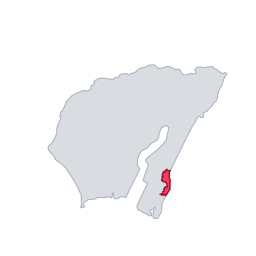 location of Goudomp, Sédhiou, Senegal, rotated 296°
{"feature_id": "50182788B48951494587639", "entity_name": "Goudomp", "entity_type": "district", "adm_level": 2, "iso_a3": "SEN", "parent_name": "Senegal", "parent_adm1": "Sédhiou", "projection": "mercator", "projection_center": [-15.551, 12.644], "detail": "fine", "context": "in_parent", "style": "filled", "palette": "rose", "viewbox_px": 256, "rotation_deg": 296, "n_neighbors": 0, "source": "geoboundaries", "source_scale": "gbopen_adm2", "svg_char_len": 5814}
<svg xmlns="http://www.w3.org/2000/svg" viewBox="0 0 256 256"><g transform="rotate(296 128 128)"><path d="M193.4,118.8L196.3,123.8L195.6,126.2L195.0,129.7L196.6,132.3L198.5,133.9L199.8,135.4L201.3,137.5L201.5,141.7L201.2,144.7L202.2,146.1L203.0,147.8L202.9,149.2L202.3,150.5L200.5,152.2L200.2,155.3L203.1,159.1L205.0,161.1L205.0,162.3L205.5,163.6L206.9,165.1L207.8,164.7L208.7,163.5L209.1,162.6L211.6,163.0L212.8,163.4L214.4,165.9L215.0,167.5L215.4,169.6L217.1,172.1L218.5,173.9L218.9,175.1L220.2,176.6L219.3,180.0L219.4,181.7L218.5,186.3L218.4,188.4L218.4,189.2L220.4,190.9L220.2,193.2L218.2,192.8L214.7,192.5L207.6,193.7L205.2,193.2L200.6,193.4L197.3,194.0L193.1,195.5L189.9,195.1L188.1,194.0L185.8,194.0L183.2,193.4L180.4,192.3L177.9,191.7L175.2,189.6L173.9,189.2L173.0,189.8L172.3,190.5L171.5,190.9L170.0,190.5L169.4,189.1L169.9,187.7L170.0,186.7L169.3,186.1L167.7,185.9L165.0,185.9L160.6,185.5L159.6,185.2L149.9,184.9L139.8,184.8L131.3,184.8L120.5,184.7L112.9,184.7L105.9,184.7L100.4,187.5L94.5,190.5L86.5,192.1L77.4,191.5L74.5,192.0L71.4,193.3L69.2,194.3L66.1,194.9L62.0,194.4L60.3,194.7L59.3,193.3L58.1,191.1L58.9,189.4L61.4,188.4L65.1,187.0L67.1,187.7L68.2,187.7L68.4,186.8L68.1,186.4L65.2,185.2L63.8,183.6L62.6,184.5L61.5,186.5L60.7,187.0L59.4,187.6L58.7,186.3L58.3,185.0L58.9,184.0L58.6,178.4L59.0,175.4L58.8,172.8L60.6,171.1L62.2,170.1L68.8,170.0L74.9,169.9L80.7,169.9L86.7,170.0L87.3,164.8L89.2,164.4L92.0,163.8L97.3,163.2L103.2,162.6L104.4,161.6L105.4,159.9L106.0,158.3L107.2,157.6L108.9,158.2L111.0,159.0L113.2,160.2L115.8,161.4L117.5,162.1L121.6,164.0L128.6,166.5L134.4,167.5L141.3,165.7L146.4,164.5L147.0,162.2L146.2,160.1L142.5,158.0L137.4,158.3L135.8,158.8L133.4,159.5L132.0,159.7L129.6,159.3L126.6,157.5L124.6,155.8L122.0,155.0L118.8,154.2L113.7,150.6L111.0,149.9L108.5,149.7L103.7,150.5L98.9,152.4L96.4,156.7L91.7,156.7L81.7,156.5L72.4,156.4L64.8,156.7L64.1,153.5L62.3,151.0L59.3,148.9L58.7,146.9L59.7,145.1L62.5,143.7L63.2,142.7L61.7,142.8L59.4,143.8L57.9,143.8L57.8,141.0L55.3,137.5L52.5,131.4L49.3,129.0L46.6,124.1L43.9,122.2L41.3,121.3L39.1,121.5L38.3,123.7L35.6,120.5L39.3,119.4L47.3,115.3L56.4,103.8L64.6,90.0L65.6,86.8L66.6,84.3L67.3,78.7L68.5,75.4L69.6,74.7L71.0,72.1L72.6,67.6L74.5,65.1L76.7,64.6L78.3,64.8L79.5,65.8L83.0,66.3L88.7,66.6L93.1,65.9L96.2,64.3L100.3,63.5L105.4,63.5L108.1,62.9L108.4,61.6L109.0,61.2L110.1,61.7L111.1,61.5L112.0,60.6L113.0,60.5L113.9,61.3L118.2,61.5L125.8,61.2L132.8,63.6L139.2,68.6L142.5,72.0L142.7,73.7L143.8,75.4L145.7,77.1L147.5,77.4L149.1,76.4L150.3,76.5L151.3,77.8L153.1,78.0L155.1,77.2L156.6,77.5L156.9,78.3L157.2,78.7L158.2,78.9L159.5,79.9L161.4,82.6L162.9,86.3L164.1,91.1L165.6,93.7L167.5,94.1L168.7,95.1L168.9,96.2L169.4,97.0L170.4,97.5L172.0,97.2L173.9,98.8L175.9,102.3L176.3,103.9L175.9,104.7L176.1,105.4L177.4,106.0L178.7,107.1L179.8,108.8L182.0,110.4L185.5,111.7L188.0,113.7L189.6,116.4L192.8,118.6L193.4,118.8Z" fill="#d9dde1" stroke="#a8b0b8" stroke-width="1"/><path d="M107.9,181.1L107.5,181.0L107.5,180.9L107.4,180.9L107.3,180.7L107.2,180.7L107.1,180.8L106.9,180.8L106.9,180.7L106.7,180.7L106.4,180.5L106.2,180.5L106.1,180.4L105.9,180.5L105.8,180.4L105.8,180.5L105.5,180.5L105.4,180.4L105.4,180.5L105.1,180.5L104.9,180.7L104.9,180.8L104.6,180.7L104.4,180.4L104.4,180.2L104.3,179.9L104.2,179.7L104.0,179.4L103.9,179.4L103.7,179.4L103.6,179.2L103.4,179.0L103.2,179.1L102.8,179.2L102.7,179.2L102.6,179.3L102.4,179.3L102.2,179.3L102.1,179.2L101.9,179.2L101.7,179.2L101.6,179.3L101.3,179.3L101.0,179.5L100.9,179.5L100.6,179.6L100.4,179.8L100.3,180.0L100.2,180.0L100.2,180.3L100.2,180.5L100.1,180.8L99.9,180.8L99.7,180.7L99.4,180.5L99.1,180.2L98.8,180.1L98.7,180.1L98.3,180.4L98.2,180.6L98.0,180.8L97.9,180.9L97.7,181.0L97.4,181.1L97.2,181.2L96.8,181.2L96.6,181.2L96.4,181.0L96.3,180.9L96.2,180.9L96.0,181.0L95.9,181.2L95.7,181.3L95.6,181.5L95.5,182.0L95.4,182.3L95.4,182.5L95.3,183.0L95.4,183.3L95.4,183.5L95.5,183.6L95.6,184.0L95.7,184.3L95.8,184.9L95.9,185.3L95.9,185.7L95.9,185.9L95.9,186.0L95.5,186.4L95.1,186.8L95.0,187.1L94.9,187.2L94.8,187.5L94.7,187.6L94.5,187.8L94.2,187.9L93.8,188.1L93.6,188.3L93.4,188.6L93.2,188.8L92.9,189.0L92.7,189.0L92.3,189.0L92.2,188.9L91.9,188.7L91.7,188.5L91.6,188.4L91.6,188.1L91.6,187.9L91.7,187.7L91.4,187.4L91.2,187.3L90.9,187.3L90.7,187.3L90.4,187.3L90.2,187.3L90.1,187.2L89.9,187.1L89.7,187.1L89.4,187.0L89.2,187.0L88.8,187.0L88.7,187.1L88.4,187.1L88.1,187.4L88.0,187.5L87.9,187.6L87.8,187.8L87.7,187.9L87.6,188.0L87.4,188.1L87.2,188.1L87.0,187.9L86.9,187.9L86.6,187.6L86.4,187.4L85.9,187.2L85.8,187.3L85.7,187.3L85.4,187.4L85.2,187.5L84.7,187.7L84.0,187.3L83.9,187.2L83.5,187.0L83.4,186.9L83.2,186.8L83.1,186.6L82.7,186.3L82.7,186.5L82.8,187.0L83.0,187.3L82.9,187.4L83.0,187.5L82.9,187.5L82.7,187.8L82.8,187.8L82.8,188.0L83.0,188.2L83.0,188.3L83.1,188.5L83.1,188.8L83.2,189.0L83.3,189.1L83.3,189.3L83.5,189.3L83.8,189.5L84.0,189.6L84.1,189.9L84.1,190.0L84.0,190.3L84.1,190.5L83.9,190.8L83.9,191.0L84.0,191.2L84.0,191.3L84.2,191.2L84.3,191.2L84.5,191.1L84.8,191.1L85.0,191.2L85.0,191.3L85.1,191.5L85.2,191.8L85.7,191.8L86.5,191.9L87.6,192.0L88.7,192.2L89.2,192.2L90.7,192.5L91.2,192.5L91.3,192.5L91.5,192.4L92.7,191.9L92.9,191.8L93.2,191.7L93.8,191.3L94.0,191.2L94.5,191.0L94.9,190.8L95.6,190.5L96.2,190.2L96.5,190.1L97.0,189.8L97.5,189.7L98.1,189.4L98.9,189.1L99.2,188.8L99.6,188.6L99.8,188.4L100.0,188.3L100.3,188.0L100.7,187.8L101.1,187.3L101.6,186.7L102.5,186.4L103.3,186.1L103.6,185.9L104.6,185.3L105.2,185.1L105.8,184.8L106.1,184.7L106.4,184.5L106.5,184.5L106.8,184.5L107.5,184.5L108.1,184.5L108.0,184.4L107.9,184.3L107.8,184.2L107.7,184.2L107.4,183.9L107.4,183.7L107.4,183.4L107.3,183.2L107.2,183.1L107.1,182.9L107.1,182.7L107.3,182.5L107.4,182.4L107.5,182.1L107.6,181.9L107.6,181.7L107.6,181.4L107.8,181.4L107.9,181.2L107.9,181.1Z" fill="#f43f5e" stroke="#9f1239" stroke-width="1.5"/></g></svg>